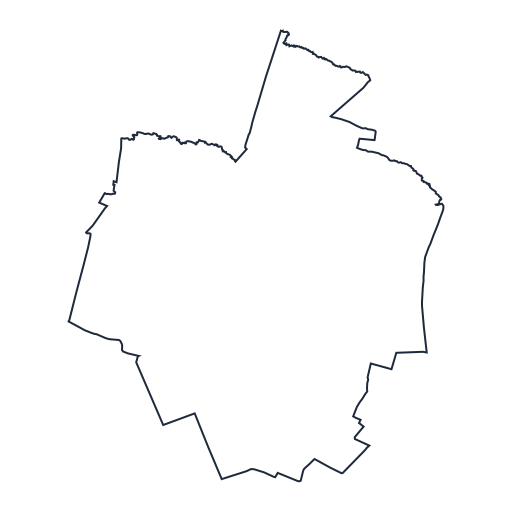 outline of Salcuta, Dolj, Romania
{"feature_id": "2599482B15452275926082", "entity_name": "Salcuta", "entity_type": "district", "adm_level": 2, "iso_a3": "ROU", "parent_name": "Romania", "parent_adm1": "Dolj", "projection": "natural_earth1", "projection_center": [23.464, 44.234], "detail": "fine", "context": "isolated", "style": "outline", "palette": "slate", "viewbox_px": 512, "rotation_deg": 0, "n_neighbors": 0, "source": "geoboundaries", "source_scale": "gbopen_adm2", "svg_char_len": 5962}
<svg xmlns="http://www.w3.org/2000/svg" viewBox="0 0 512 512"><path d="M246.5,471.2L250.9,469.1L253.9,469.2L264.2,472.4L273.9,476.9L275.2,477.2L277.7,472.9L297.9,481.1L299.2,481.3L300.7,480.8L302.9,471.9L303.6,469.6L305.0,468.0L309.0,464.4L314.5,459.0L330.3,467.7L341.5,473.2L342.3,473.2L342.8,472.9L365.3,449.8L367.0,447.6L369.3,445.6L354.9,439.0L354.7,437.2L363.6,426.6L359.0,423.0L360.6,419.8L355.7,417.8L353.2,416.4L356.8,407.1L359.6,402.4L362.3,398.8L365.2,394.1L367.2,391.5L367.0,387.6L367.3,382.9L368.2,379.7L367.6,377.4L370.8,363.5L391.5,369.2L396.3,352.8L423.0,351.8L426.7,352.5L423.9,327.4L422.0,305.8L422.0,301.7L422.8,287.5L423.6,280.5L423.5,277.1L424.0,272.0L424.4,262.5L425.2,256.8L428.9,246.8L430.2,244.3L433.7,234.8L437.8,224.7L440.1,218.1L442.9,210.6L443.4,208.3L443.4,205.9L442.1,203.9L441.4,203.8L437.8,205.0L436.0,204.9L435.8,204.6L438.2,204.1L438.8,203.7L439.6,200.5L440.1,199.8L440.6,199.9L441.2,199.2L440.9,198.9L440.9,198.1L440.7,197.5L439.0,196.4L438.8,195.7L438.4,195.2L435.8,193.4L435.8,191.8L433.8,190.3L432.4,189.5L430.0,187.3L429.9,185.8L429.3,185.7L428.5,184.7L429.4,184.2L429.3,183.9L426.9,183.6L426.7,182.8L424.6,182.1L423.7,182.0L423.6,181.1L421.9,180.5L421.7,179.2L422.5,177.6L421.7,176.9L421.5,175.9L421.1,175.6L420.5,175.8L418.2,174.1L417.0,173.7L416.0,171.3L415.6,170.9L414.0,170.8L413.5,170.5L413.3,170.2L413.6,169.4L412.8,168.5L411.3,167.5L411.0,166.0L409.7,166.0L407.1,164.2L405.4,163.9L403.7,163.2L402.2,163.2L400.7,162.2L399.3,162.6L398.5,162.6L397.5,162.0L396.8,161.1L395.2,161.1L394.4,160.4L392.5,160.8L390.4,160.6L389.4,160.0L387.7,157.6L386.8,156.8L383.4,155.3L382.1,155.2L378.4,153.2L371.8,151.7L368.0,151.6L365.8,150.2L363.1,150.0L360.2,149.1L357.0,147.8L358.1,144.8L359.0,140.2L359.6,138.7L374.5,140.1L374.7,139.2L375.7,131.8L375.5,131.3L375.1,130.8L372.4,129.8L367.8,129.2L365.7,128.2L363.6,128.4L362.3,128.3L356.8,125.9L349.5,122.0L341.6,119.3L335.8,117.8L332.0,117.1L330.7,116.3L363.0,88.1L363.8,87.3L368.0,82.0L370.2,80.4L370.2,80.0L369.4,77.9L368.5,76.3L368.3,75.2L366.7,74.6L365.7,74.9L362.8,72.1L361.2,72.9L360.2,72.5L359.9,71.6L356.0,72.0L355.5,70.8L354.1,70.4L352.9,70.6L350.4,69.1L349.7,67.7L346.1,66.3L344.9,67.0L343.0,66.8L342.1,67.3L341.3,67.4L340.8,67.3L340.5,66.3L339.9,66.0L339.4,66.5L338.6,66.7L336.7,65.8L335.8,65.9L334.8,65.2L334.3,64.5L333.5,64.2L333.3,64.4L332.8,63.9L332.5,62.9L331.5,61.9L328.7,60.6L328.0,60.5L326.3,59.1L326.0,59.0L325.4,59.5L324.8,59.3L324.4,58.3L324.0,57.9L322.9,58.7L322.6,58.6L321.1,56.9L319.4,57.1L318.8,57.5L318.2,56.9L317.4,56.8L316.7,56.3L316.6,55.9L315.7,54.8L314.2,54.1L313.1,53.9L313.4,53.3L312.9,53.0L312.6,52.0L312.0,52.3L310.8,51.9L310.3,51.4L309.7,51.3L309.6,50.9L308.8,50.8L308.3,49.8L308.0,49.7L307.3,50.0L305.5,48.4L303.9,48.7L303.3,47.9L302.8,47.8L302.3,48.0L301.3,47.0L300.4,47.4L299.9,47.2L299.3,46.4L298.0,46.5L296.9,45.9L296.1,46.1L296.0,46.5L295.2,46.9L294.6,45.6L294.2,45.4L293.7,45.5L293.3,46.4L292.1,45.9L291.6,45.4L289.4,46.3L289.0,44.6L288.8,44.5L288.1,44.5L286.4,45.1L286.2,44.4L286.4,43.8L286.3,43.4L285.0,43.9L284.3,43.7L283.6,43.3L283.5,42.8L284.6,41.3L285.6,40.3L285.5,39.1L286.6,37.4L287.0,35.9L287.2,35.6L288.4,35.2L288.9,34.7L288.8,34.2L288.3,33.8L288.6,33.2L287.2,31.8L284.2,32.0L283.3,31.9L282.9,31.5L282.8,30.7L281.3,31.1L280.9,30.8L266.0,76.4L257.3,105.8L255.2,112.3L251.9,123.9L251.6,125.8L249.7,133.0L248.7,134.6L248.4,135.6L245.5,144.7L245.1,147.5L246.7,149.1L235.5,161.7L235.1,161.2L235.7,160.6L235.7,160.4L233.6,159.4L233.2,159.0L231.9,158.3L231.8,158.0L232.2,157.4L232.2,157.2L231.8,156.9L231.1,157.1L230.7,157.0L230.9,155.9L229.9,154.8L227.8,154.2L226.6,153.5L226.2,153.1L226.0,152.1L225.1,152.3L224.2,151.3L223.3,151.5L222.8,151.4L222.7,151.0L222.9,150.1L222.0,149.3L222.0,148.3L221.5,146.8L220.2,146.3L218.9,146.8L217.4,146.3L217.1,145.8L217.4,145.2L217.4,144.9L215.9,144.3L215.4,145.0L214.7,145.3L214.1,144.7L213.2,144.5L212.0,143.8L211.3,143.9L209.7,144.7L207.9,144.6L206.7,143.6L205.5,142.0L204.9,142.5L204.7,141.9L204.0,141.5L203.0,141.2L201.4,141.1L199.6,140.1L199.1,140.0L198.9,141.0L198.2,141.7L197.8,142.4L196.7,142.3L196.5,143.9L196.4,144.3L196.1,144.4L195.5,144.3L194.8,143.3L193.5,142.7L192.8,142.6L191.3,141.8L187.9,141.1L186.8,141.4L186.1,141.9L185.9,143.2L185.4,143.2L184.4,142.6L184.1,142.7L184.0,143.1L182.4,142.8L182.1,143.8L181.3,144.0L180.7,143.5L180.3,142.6L179.7,141.9L179.0,141.3L179.2,139.9L179.0,139.6L178.6,139.6L177.8,140.2L177.2,140.3L176.9,140.0L176.8,138.3L176.5,137.5L175.6,136.9L174.0,136.4L173.3,136.3L171.5,137.8L171.0,137.5L170.2,136.3L168.4,136.1L168.1,136.3L168.1,137.0L167.8,137.4L165.7,138.0L164.5,138.7L163.7,138.6L162.1,138.1L160.6,139.1L160.2,139.1L158.9,138.8L158.8,138.6L160.1,137.7L160.6,136.4L160.5,136.2L158.8,136.2L157.0,135.7L156.8,135.4L157.0,134.9L156.9,134.6L155.9,133.8L155.0,133.7L153.5,133.1L153.3,133.2L153.0,134.2L152.5,134.5L151.2,134.7L148.5,133.5L147.0,133.7L146.6,134.0L144.5,133.9L142.8,133.2L140.5,132.5L138.1,132.2L137.4,132.3L137.1,132.6L137.2,134.9L136.9,135.2L135.7,135.2L134.7,134.8L133.0,134.8L132.7,135.1L132.8,135.7L134.1,136.8L134.3,137.3L134.0,138.2L134.0,139.1L133.4,139.7L132.8,139.5L132.3,139.0L131.6,138.9L130.2,139.8L129.4,139.8L128.9,139.6L128.3,138.6L127.6,138.2L126.3,138.3L124.7,138.7L122.2,138.2L121.3,138.5L121.1,148.3L118.9,162.0L116.5,182.2L113.7,181.2L113.3,184.8L114.5,184.9L113.6,190.5L113.7,190.9L115.2,192.3L115.0,193.5L114.3,193.8L112.5,193.8L111.8,194.2L110.3,194.3L108.7,193.9L106.2,194.0L105.4,193.3L104.7,193.2L99.2,202.6L107.1,206.0L105.1,208.1L93.2,224.9L91.9,226.5L86.1,232.4L86.6,233.2L87.5,233.4L88.9,233.2L90.4,233.6L90.6,233.9L90.3,236.9L88.1,247.4L83.3,266.2L76.4,292.0L69.4,319.8L68.6,321.5L84.9,330.3L91.7,333.0L94.8,334.0L96.3,334.1L105.8,338.2L109.5,339.2L119.0,340.0L120.3,341.0L121.8,343.9L122.1,344.8L122.2,345.9L122.0,350.0L123.1,351.5L127.6,353.3L138.6,355.9L138.1,356.1L137.6,357.2L136.2,362.3L163.2,425.0L194.7,413.4L207.9,446.3L221.7,479.1L246.5,471.2Z" fill="none" stroke="#1e293b" stroke-width="2"/></svg>